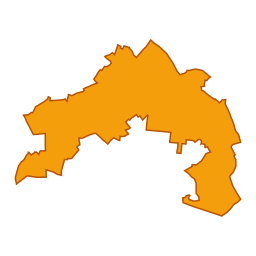 Aba North, Abia, Nigeria (Mercator projection)
{"feature_id": "59680162B53329994117155", "entity_name": "Aba North", "entity_type": "district", "adm_level": 2, "iso_a3": "NGA", "parent_name": "Nigeria", "parent_adm1": "Abia", "projection": "mercator", "projection_center": [7.362, 5.109], "detail": "fine", "context": "isolated", "style": "filled", "palette": "amber", "viewbox_px": 256, "rotation_deg": 0, "n_neighbors": 0, "source": "geoboundaries", "source_scale": "gbopen_adm2", "svg_char_len": 4622}
<svg xmlns="http://www.w3.org/2000/svg" viewBox="0 0 256 256"><path d="M221.8,216.0L222.0,215.7L227.0,212.3L230.6,208.8L233.6,204.7L235.4,203.5L237.9,201.9L240.6,199.3L235.9,191.4L232.8,186.0L229.6,176.6L232.8,172.6L233.1,172.4L235.9,166.5L235.8,159.4L234.9,158.3L234.3,157.0L233.9,155.6L235.2,154.7L234.6,153.8L232.9,150.6L231.3,147.6L231.2,146.9L231.7,145.8L232.9,144.5L234.6,144.0L240.6,142.3L239.9,139.7L238.9,135.6L238.2,134.1L236.8,132.5L236.2,131.9L235.3,130.2L234.2,125.8L233.2,122.7L232.5,120.6L231.6,118.9L229.3,112.6L227.6,108.8L225.7,105.0L225.2,103.7L225.7,99.6L225.1,99.7L224.0,99.9L223.4,99.9L222.7,99.8L222.1,100.0L221.7,100.5L220.5,101.8L219.4,102.9L218.4,101.7L218.2,101.4L216.6,100.2L215.1,98.9L214.4,99.6L213.4,98.8L212.5,97.9L210.3,96.6L208.3,95.0L205.5,92.7L204.5,91.7L203.4,91.0L202.9,90.6L201.7,90.5L201.5,90.1L201.5,89.4L201.3,88.1L201.0,86.8L204.6,86.2L204.3,84.9L204.3,84.2L204.5,82.9L204.9,81.6L204.9,80.2L206.3,80.4L206.8,80.6L207.6,79.5L208.8,78.1L209.3,77.6L209.8,77.5L210.5,77.0L209.0,75.9L207.2,74.4L202.7,70.7L201.8,70.2L199.7,70.0L197.1,69.3L195.1,69.1L192.2,69.7L190.1,70.3L188.6,70.5L187.1,70.3L186.4,71.9L185.4,72.7L184.2,73.4L182.9,73.8L179.9,74.6L177.0,71.0L172.7,62.7L166.5,53.4L159.3,46.7L153.8,42.8L150.7,40.0L146.0,46.9L143.4,49.3L136.4,57.5L133.7,55.1L132.2,51.5L131.2,50.1L129.1,48.0L129.3,47.4L126.3,46.6L124.1,45.9L122.6,49.1L121.3,48.4L120.3,48.1L120.9,46.4L119.3,45.8L117.8,44.9L116.2,50.1L114.5,54.6L112.4,52.7L109.7,54.6L109.0,55.0L107.7,55.3L105.9,56.0L104.8,56.5L105.8,57.6L107.0,58.8L109.3,60.3L110.3,61.1L111.4,63.0L109.6,65.0L108.3,65.9L106.7,66.6L105.7,66.7L104.6,66.4L101.7,70.5L100.2,69.8L98.8,71.3L97.5,73.6L97.3,74.0L96.0,76.1L93.9,79.1L95.3,81.2L96.3,82.2L97.0,82.8L97.4,82.9L97.0,83.3L96.4,83.6L94.7,84.0L93.2,84.4L90.9,85.6L87.5,87.1L85.7,87.7L83.5,88.9L84.0,89.7L84.3,90.4L83.6,91.0L83.0,91.6L82.0,92.0L80.8,92.0L79.1,92.7L77.3,93.0L75.0,94.0L73.4,95.0L71.8,95.6L68.5,94.6L67.7,98.4L67.0,101.3L65.8,100.0L65.3,99.0L64.8,99.1L64.0,99.4L63.4,99.7L56.1,100.3L49.9,100.8L50.3,97.8L48.3,96.8L47.7,98.9L44.5,101.4L38.8,104.9L35.6,106.7L34.8,108.7L32.7,112.8L31.2,112.5L29.8,113.6L28.5,114.8L25.1,115.0L24.5,115.0L23.5,115.2L24.6,116.9L25.6,118.8L26.3,120.9L30.6,129.2L33.4,134.6L45.3,133.5L45.3,147.3L45.5,150.8L43.0,150.9L41.4,150.9L40.3,150.9L39.8,151.7L38.7,154.4L37.8,153.5L36.6,152.3L36.2,152.0L35.6,152.4L35.3,152.3L34.9,152.0L33.7,153.3L33.1,153.6L31.2,155.0L31.0,154.9L30.6,154.6L30.6,154.2L29.4,153.2L29.3,152.8L29.1,152.5L28.3,152.3L28.4,153.4L27.1,154.4L26.0,156.0L25.1,157.9L24.0,159.7L22.8,160.7L21.3,161.9L19.1,165.2L18.6,165.7L15.4,177.2L15.5,179.8L15.9,181.0L16.5,184.0L25.9,176.8L27.4,175.9L29.1,176.1L30.3,176.3L36.9,177.3L46.2,177.2L46.0,169.7L53.2,171.9L56.9,174.1L58.9,174.7L61.5,175.3L61.4,173.0L61.4,170.9L61.7,169.6L64.0,161.6L64.5,159.6L67.6,159.5L68.0,158.4L69.8,158.7L71.9,158.3L73.2,156.5L77.1,151.9L78.8,150.0L76.8,147.0L77.6,146.3L78.2,145.8L78.8,145.2L79.8,144.9L79.7,143.5L79.2,141.0L79.0,139.6L78.9,138.1L81.9,138.2L84.7,137.2L86.7,136.1L88.9,135.2L89.6,134.9L94.0,133.5L95.9,133.4L99.8,136.8L103.5,140.5L104.5,141.1L106.2,142.6L107.8,144.0L109.2,142.4L109.8,141.5L110.6,140.4L112.1,139.2L113.2,138.2L113.5,137.8L115.0,138.6L116.5,139.2L117.7,139.8L118.8,140.3L119.7,140.5L120.1,136.3L121.1,136.5L123.2,136.5L124.0,136.4L125.2,136.0L126.4,135.1L128.1,134.2L128.5,134.0L127.8,133.1L127.1,132.3L125.6,130.4L125.4,129.9L126.6,129.6L128.8,128.9L130.3,127.8L128.2,125.3L125.7,122.0L127.4,120.5L128.3,119.7L128.6,119.2L129.8,120.1L131.2,118.3L132.8,117.3L134.6,116.0L135.9,115.1L136.4,114.6L138.1,117.0L139.9,116.0L142.7,120.0L147.1,115.3L147.3,115.2L147.8,115.6L147.9,116.5L147.5,117.5L146.8,123.7L146.2,130.0L153.6,130.7L158.5,131.1L162.5,131.5L170.8,132.3L169.7,142.3L178.0,143.1L177.5,149.4L177.2,149.8L176.9,153.0L180.9,153.4L181.9,143.6L185.9,144.0L186.2,139.8L190.3,140.2L192.6,140.4L193.7,140.8L195.0,142.2L198.7,139.4L199.9,139.5L201.0,140.1L201.5,141.8L201.0,144.1L201.8,143.7L204.5,144.3L205.1,144.6L204.9,146.2L205.0,147.4L205.6,147.6L206.7,146.7L207.6,147.0L208.7,149.4L210.6,152.0L206.0,153.6L203.1,158.6L201.3,161.0L196.6,164.7L195.6,164.9L192.1,164.6L192.0,166.5L184.7,170.7L187.6,172.8L189.9,174.9L191.5,176.9L194.4,178.8L196.2,183.4L196.1,186.4L196.2,193.5L198.8,196.8L199.1,200.3L197.0,200.6L196.1,201.0L193.9,201.0L192.5,200.9L191.7,200.3L190.4,199.9L189.5,199.9L189.1,199.4L188.7,198.3L188.7,197.4L189.5,196.1L189.9,195.8L189.3,195.0L187.6,195.3L186.2,195.9L185.6,196.4L185.5,197.2L184.9,197.5L182.7,197.9L183.1,202.6L193.2,206.5L204.9,210.3L221.8,216.0Z" fill="#f59e0b" stroke="#b45309" stroke-width="1.5"/></svg>